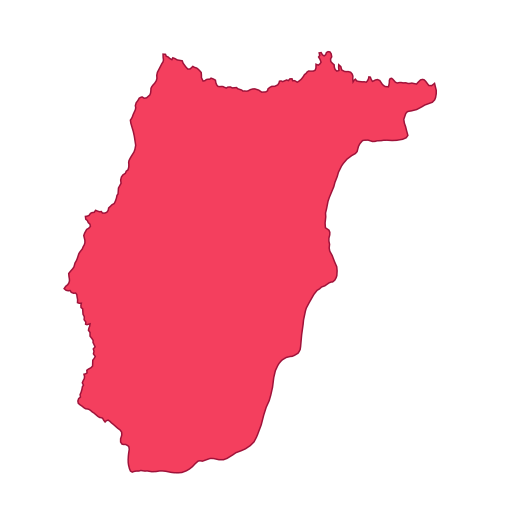 Santa Vitória, Minas Gerais, Brazil (Equal Earth projection), rotated 175°
{"feature_id": "56859067B64714034582916", "entity_name": "Santa Vitória", "entity_type": "district", "adm_level": 2, "iso_a3": "BRA", "parent_name": "Brazil", "parent_adm1": "Minas Gerais", "projection": "equal_earth", "projection_center": [-50.287, -18.979], "detail": "fine", "context": "isolated", "style": "filled", "palette": "rose", "viewbox_px": 512, "rotation_deg": 175, "n_neighbors": 0, "source": "geoboundaries", "source_scale": "gbopen_adm2", "svg_char_len": 6076}
<svg xmlns="http://www.w3.org/2000/svg" viewBox="0 0 512 512"><g transform="rotate(175 256 256)"><path d="M328.6,464.8L331.0,465.2L331.2,461.8L331.1,459.2L331.8,457.3L332.9,456.0L338.2,447.6L339.1,444.7L339.2,441.6L340.1,439.2L341.9,436.9L343.6,435.4L345.1,433.7L346.0,432.2L346.3,430.1L346.8,427.6L347.7,425.7L351.2,423.1L353.6,422.9L355.6,424.4L357.0,424.1L358.6,423.4L360.1,421.2L362.0,419.1L363.1,416.3L362.9,414.1L363.5,412.1L366.0,407.7L367.1,405.3L368.1,403.7L369.3,402.3L369.1,399.1L367.4,390.7L366.8,386.1L366.2,376.8L367.3,372.8L368.5,370.2L371.9,365.7L373.0,364.1L374.2,362.1L374.7,360.3L374.7,358.2L375.0,355.7L376.0,353.0L377.9,351.8L378.9,349.8L381.5,348.4L383.2,346.4L384.2,343.5L384.1,340.2L387.1,335.7L388.0,329.9L389.2,328.5L390.0,325.8L391.3,322.9L392.7,320.6L395.0,319.6L396.8,318.1L398.6,316.7L399.3,314.3L400.9,312.5L403.1,311.9L405.3,312.2L406.2,313.8L407.9,313.7L409.9,314.5L411.8,315.5L413.4,313.6L415.6,313.5L417.2,312.9L418.6,311.1L420.6,310.4L422.5,310.3L422.4,307.5L420.9,306.0L420.2,303.9L418.6,302.1L418.4,299.9L420.3,298.2L422.4,297.2L424.7,293.8L425.8,291.4L425.1,286.5L425.3,284.1L426.1,282.1L427.3,280.4L428.5,278.1L431.3,275.1L432.3,273.7L434.2,269.2L435.4,266.9L436.9,264.8L438.3,261.0L439.7,259.3L442.4,256.7L444.1,254.9L444.1,251.7L443.9,249.4L444.0,247.4L444.8,245.4L446.1,243.8L448.2,242.4L450.0,240.2L448.2,238.4L446.0,237.7L444.2,237.8L443.2,235.9L441.0,234.8L438.9,234.8L437.9,233.3L437.8,230.9L437.5,228.0L437.9,225.1L436.2,224.3L434.1,224.2L434.7,222.3L434.8,219.9L433.3,218.5L433.4,213.0L432.3,210.4L432.8,207.5L431.3,205.1L431.7,202.9L430.4,202.3L427.2,202.9L427.8,200.6L428.8,198.6L429.4,196.6L428.0,194.3L428.3,190.6L426.6,188.0L425.6,186.0L425.9,184.1L424.2,179.5L426.2,177.6L425.7,175.2L426.5,172.7L424.9,169.9L426.2,168.0L427.7,166.4L428.4,160.6L430.1,159.1L432.9,157.9L434.5,156.9L434.5,154.3L435.9,153.5L437.7,153.2L437.3,150.7L437.8,148.7L438.9,147.1L440.1,144.8L439.1,142.4L440.3,141.0L441.0,138.4L442.1,135.5L443.3,133.3L443.2,130.7L445.1,129.4L446.1,127.1L445.9,124.8L444.5,123.3L442.3,121.5L440.7,119.9L439.1,118.7L437.2,118.3L435.7,117.7L434.3,116.6L432.7,114.9L431.1,113.7L427.6,110.1L425.9,108.8L424.3,108.4L423.0,107.8L422.0,105.6L420.8,103.8L419.4,105.0L417.6,105.4L415.9,104.0L414.6,102.4L413.3,101.2L408.7,96.4L406.5,94.5L405.2,92.2L405.3,89.4L406.0,87.6L406.8,85.8L407.1,82.5L405.9,80.3L404.4,79.8L402.3,79.6L400.3,78.3L399.3,77.1L399.1,74.5L400.1,70.4L400.6,67.8L401.1,64.3L401.3,61.4L401.2,58.9L400.6,55.2L399.8,52.7L398.1,51.5L396.3,52.0L394.2,52.2L391.3,52.0L389.5,52.4L385.3,51.4L383.2,51.4L378.6,50.2L374.3,50.0L370.7,50.3L368.2,50.1L364.6,49.4L359.2,47.8L356.2,47.2L352.0,46.8L348.7,46.8L344.1,48.1L340.9,49.6L337.7,51.7L334.8,54.3L331.6,56.7L329.7,56.9L327.2,56.3L320.0,58.2L318.6,58.3L315.7,57.9L310.7,56.3L306.1,55.9L302.5,56.9L296.3,60.0L293.2,61.8L287.8,63.3L283.4,64.8L278.3,67.6L274.2,71.0L271.5,75.2L270.0,78.0L265.5,87.4L262.2,96.8L259.0,104.5L255.5,110.7L253.4,116.2L251.0,123.7L248.9,133.4L246.7,140.1L244.0,144.8L242.5,146.9L240.5,148.9L238.8,150.3L234.7,152.3L230.9,152.9L228.7,152.9L226.3,153.7L222.6,155.5L221.5,156.9L220.2,158.9L219.5,161.7L217.4,173.5L215.1,183.5L214.2,188.2L211.5,197.1L210.4,199.8L207.1,204.9L201.7,212.7L198.1,216.5L195.6,217.7L193.4,219.4L190.0,220.3L185.7,222.8L183.5,223.5L181.9,223.5L179.6,225.1L178.0,227.5L177.2,229.4L176.5,234.1L176.5,238.2L178.3,243.6L180.1,249.9L182.1,254.4L182.4,257.6L181.7,261.2L182.1,264.6L181.8,267.5L180.7,270.6L180.4,273.2L181.1,275.4L184.4,278.1L184.3,282.9L183.1,288.9L183.0,292.8L181.7,296.6L179.5,304.2L177.8,308.1L172.5,318.2L171.0,322.4L168.2,328.0L166.6,332.2L162.9,338.3L160.9,340.7L156.9,344.6L151.9,347.7L148.1,349.4L146.2,351.2L144.4,356.2L142.7,358.9L139.8,361.7L138.0,361.9L134.3,361.7L129.9,359.9L127.4,359.8L125.4,360.2L121.1,360.0L118.7,360.2L115.0,359.9L110.4,359.2L105.9,359.0L99.7,359.5L96.1,360.7L94.2,362.9L95.1,367.9L95.7,371.8L96.6,375.3L96.9,379.2L94.4,384.9L92.6,386.6L90.9,386.9L88.8,387.0L83.2,387.9L77.5,390.3L74.7,391.7L66.9,393.8L64.4,396.0L63.3,398.2L62.3,402.0L62.0,405.3L63.1,412.4L64.4,411.5L66.2,410.4L69.0,410.8L71.8,415.3L73.2,416.9L74.7,417.4L76.7,417.1L79.2,415.1L81.1,413.3L85.8,414.7L87.5,414.5L89.5,414.6L91.7,415.5L94.4,415.6L96.3,416.2L98.2,416.3L100.1,416.0L101.9,416.9L104.2,420.0L105.4,421.2L106.9,421.0L107.8,419.5L108.1,417.0L108.6,415.1L109.4,413.0L112.7,413.6L114.0,414.7L115.2,416.0L117.4,420.0L119.6,421.2L121.9,420.9L123.4,420.2L124.8,419.8L125.9,422.0L126.5,424.2L127.9,424.6L128.5,422.7L129.7,420.8L131.1,419.5L132.8,420.1L134.8,420.2L138.7,421.0L140.4,421.6L141.6,423.5L143.0,422.5L144.1,421.0L144.2,424.0L143.8,426.7L144.3,428.8L145.7,430.8L148.1,431.7L150.1,431.8L151.9,432.2L154.4,433.9L155.0,437.3L156.9,439.3L157.3,436.5L157.2,433.6L159.3,433.1L160.9,434.8L161.5,437.1L161.5,439.7L163.0,441.2L164.6,443.3L164.5,445.9L163.2,447.8L163.5,450.9L164.6,452.9L166.4,453.3L168.1,452.5L169.1,450.4L170.7,449.4L172.3,450.6L173.4,453.0L175.4,452.8L175.0,450.3L176.3,448.8L175.0,446.1L174.3,443.4L175.6,441.8L177.3,440.7L179.5,441.8L179.9,438.0L180.9,435.9L182.8,435.2L185.6,435.4L187.4,435.7L189.0,434.9L190.2,433.5L191.9,432.5L193.0,430.9L194.5,429.2L195.8,427.9L197.9,426.5L199.7,425.5L202.2,427.3L204.2,427.4L204.7,429.4L206.8,429.5L208.5,427.9L210.1,428.7L214.2,427.4L215.8,428.2L217.4,428.1L218.0,426.4L219.4,424.6L222.5,423.4L225.6,423.6L227.8,422.6L229.5,421.4L230.1,419.6L231.9,418.6L236.0,418.7L238.8,421.0L242.6,422.6L244.6,422.7L247.2,422.2L249.5,421.2L251.2,421.0L253.0,421.4L254.6,421.4L255.9,422.6L259.6,424.2L260.7,425.5L265.0,425.5L266.7,426.6L269.3,426.7L271.0,425.9L272.9,426.9L274.2,427.7L275.7,427.9L277.5,427.9L279.2,428.3L280.2,429.8L280.9,432.1L281.1,434.7L283.0,436.0L285.3,437.1L286.8,436.1L288.4,436.3L290.1,436.1L291.6,435.1L293.5,434.9L294.8,438.4L294.6,441.0L294.6,443.6L295.8,445.3L297.2,447.0L298.7,448.4L300.9,449.3L302.4,450.4L305.3,448.1L307.6,448.1L309.6,450.7L311.8,454.4L312.5,456.9L317.4,458.2L319.5,459.7L321.6,460.7L322.7,458.9L324.7,460.3L326.3,462.0L328.0,462.8L328.6,464.8Z" fill="#f43f5e" stroke="#9f1239" stroke-width="1.5"/></g></svg>